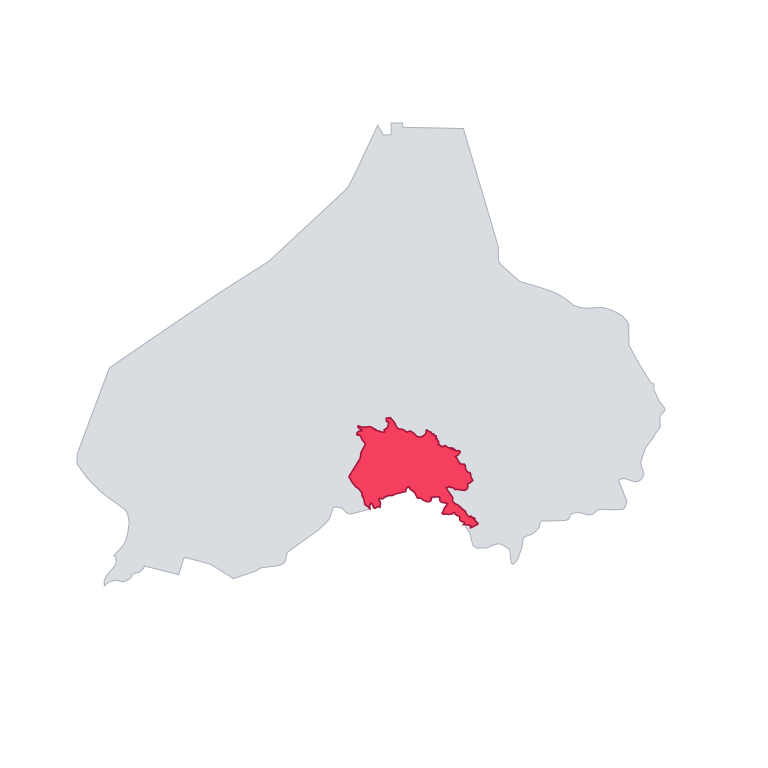 Diyala highlighted on a map of Iraq, rotated 105°
{"feature_id": "IRQ-3243", "entity_name": "Diyala", "entity_type": "Province", "adm_level": 1, "iso_a3": "IRQ", "parent_name": "Iraq", "parent_adm1": "", "projection": "natural_earth1", "projection_center": [45.079, 34.055], "detail": "fine", "context": "in_parent", "style": "filled", "palette": "rose", "viewbox_px": 768, "rotation_deg": 105, "n_neighbors": 0, "source": "natural_earth", "source_scale": "10m", "svg_char_len": 8873}
<svg xmlns="http://www.w3.org/2000/svg" viewBox="0 0 768 768"><g transform="rotate(105 384 384)"><path d="M314.1,123.4L319.3,122.0L329.0,114.0L334.8,106.5L336.6,105.8L341.6,108.3L345.2,108.9L353.6,106.1L358.6,107.6L362.8,109.5L365.1,109.6L376.3,114.3L379.1,114.9L384.9,115.4L393.5,115.7L399.1,112.6L403.0,109.7L405.8,109.8L408.5,110.5L410.7,111.7L412.6,113.9L413.5,117.1L413.1,127.2L413.9,129.8L415.5,131.7L417.4,132.1L419.8,129.9L423.9,126.7L428.9,123.2L432.7,120.1L434.8,118.9L438.3,119.0L441.6,119.6L443.4,121.1L443.4,121.6L445.2,126.4L449.6,144.0L452.1,146.3L455.0,148.1L457.0,150.8L457.8,153.4L457.6,157.5L457.7,162.3L458.9,165.9L460.5,168.7L462.1,170.1L464.4,170.2L467.1,170.9L469.0,173.7L474.9,193.8L475.5,196.4L478.0,197.3L482.1,196.9L486.3,199.0L490.8,202.2L495.1,208.4L497.9,209.4L506.8,208.5L519.0,209.5L524.8,212.6L524.2,214.6L519.8,216.8L512.0,219.3L509.8,223.7L508.5,229.3L508.7,232.4L510.7,235.9L516.2,242.8L516.5,245.3L517.5,248.8L518.5,251.2L517.4,255.8L512.4,259.0L505.9,262.4L492.7,277.8L491.8,281.2L491.9,290.3L490.6,292.9L486.4,292.8L483.1,292.4L483.0,295.6L480.9,299.8L479.7,303.5L484.6,312.2L485.5,316.9L484.7,321.1L480.2,328.4L477.6,333.3L478.2,334.3L481.7,336.3L492.6,352.3L496.2,357.9L500.8,356.4L502.5,356.5L503.8,357.4L504.7,359.3L504.7,361.7L503.5,365.3L509.4,366.8L511.5,370.4L518.4,382.9L518.2,386.6L514.9,392.5L514.9,396.4L515.6,399.9L516.7,401.1L526.8,401.6L531.1,403.0L541.7,409.4L553.7,419.2L563.5,427.2L571.9,434.0L580.8,433.5L583.3,434.8L585.6,436.9L588.2,442.5L593.4,455.2L597.8,459.4L604.6,469.6L611.0,479.1L606.9,492.0L602.9,505.5L603.0,522.9L603.1,532.2L611.7,532.6L621.3,533.0L621.4,544.2L621.6,555.4L621.8,568.2L624.6,568.7L629.1,571.5L631.1,575.6L633.5,577.9L636.4,578.2L639.3,580.3L642.1,584.0L643.2,586.8L642.5,588.7L643.1,592.1L645.1,596.9L647.5,599.2L651.3,601.9L646.2,603.5L640.7,602.3L629.0,596.7L625.2,596.5L620.2,598.7L620.0,600.6L607.6,594.3L603.1,593.0L601.5,592.9L594.4,592.9L584.3,594.1L578.4,596.6L574.3,599.4L572.4,602.0L571.7,603.4L568.6,611.3L564.9,621.4L561.0,630.4L553.6,643.2L549.4,649.1L540.5,660.0L530.8,662.2L508.4,660.1L483.5,657.7L458.7,655.3L440.2,653.5L438.8,652.9L420.6,637.3L406.2,624.9L388.3,609.5L370.0,593.8L351.5,577.8L338.1,566.2L321.8,551.3L307.0,537.7L295.3,527.0L280.3,517.6L268.6,510.3L251.5,499.6L237.9,491.0L226.3,483.7L208.3,472.5L202.4,469.4L183.7,465.6L166.1,462.5L147.8,459.2L135.6,457.0L143.8,449.0L141.4,441.8L135.5,443.1L130.1,444.8L127.0,433.6L131.2,432.3L127.6,417.7L123.9,402.7L120.3,388.2L116.7,373.4L132.3,363.9L143.9,356.8L160.2,346.8L175.9,337.2L190.8,328.1L207.2,318.1L221.9,309.1L235.3,305.4L238.1,302.6L244.4,290.3L249.7,279.8L249.9,277.4L250.1,262.5L251.2,245.1L253.1,235.7L256.1,227.5L259.0,221.5L259.3,215.9L259.0,210.2L256.3,201.5L253.4,192.5L253.9,183.9L254.5,179.2L256.4,171.8L259.6,166.4L263.0,163.1L275.6,159.6L283.1,157.5L293.2,147.9L299.1,142.2L307.5,133.2L313.6,126.6L314.1,124.3L314.1,123.4Z" fill="#d9dde1" stroke="#a8b0b8" stroke-width="1"/><path d="M499.1,270.8L498.2,270.3L496.9,270.4L496.5,271.7L496.7,273.4L496.4,275.0L494.9,276.1L493.3,276.2L492.7,276.5L492.1,277.3L492.0,278.1L492.1,279.4L491.9,280.2L490.4,282.0L490.0,283.0L490.8,284.0L491.3,284.2L491.7,284.6L492.1,285.1L492.5,286.4L493.0,287.1L493.3,287.6L493.4,288.8L493.5,290.1L493.7,291.2L494.3,292.1L494.4,292.5L494.4,293.2L494.3,294.0L494.0,294.4L493.7,294.5L492.5,294.0L488.8,293.7L487.1,293.3L485.3,292.3L483.1,291.7L482.9,293.5L483.4,296.2L483.3,298.2L482.7,299.2L482.0,300.0L479.1,300.7L478.6,301.5L480.3,307.1L481.0,308.5L482.0,309.3L483.1,308.4L484.3,308.4L485.4,309.1L486.3,310.4L486.6,311.9L486.4,313.6L485.7,316.8L485.5,317.4L484.7,318.7L484.6,319.3L484.8,320.1L485.6,321.2L485.6,322.0L485.0,322.7L482.8,324.6L482.0,325.4L480.7,326.6L480.1,328.1L479.6,329.8L478.8,331.7L478.3,332.2L477.8,332.5L476.6,333.1L477.8,334.7L479.0,335.4L480.4,335.5L482.0,335.2L482.4,335.4L487.2,344.4L488.0,345.3L488.8,346.0L489.5,346.8L489.9,347.9L490.1,349.3L490.5,350.4L491.1,351.5L491.8,352.6L492.6,353.5L495.2,355.4L495.6,356.4L495.6,358.8L496.0,359.2L496.9,359.0L497.8,358.4L499.4,356.8L500.4,356.4L503.0,356.3L504.2,356.0L504.0,358.1L504.9,359.1L506.1,359.9L506.5,361.4L505.8,362.4L503.2,364.0L502.4,365.2L503.3,366.0L504.9,366.4L506.6,366.2L507.6,365.2L507.9,365.0L508.1,365.0L508.5,365.1L507.6,366.1L506.7,367.6L506.5,368.1L505.9,370.5L505.5,371.0L504.9,371.5L503.6,372.3L503.0,372.5L502.2,372.7L501.4,373.0L498.9,374.9L498.3,375.7L497.9,376.1L497.2,376.5L496.4,376.9L496.1,376.9L495.5,376.7L495.2,376.8L494.9,377.2L494.3,378.1L492.4,380.5L491.9,381.3L491.5,382.0L491.3,382.9L490.8,384.4L490.1,385.5L488.7,387.2L487.4,389.2L487.1,389.6L485.0,391.4L484.1,392.4L483.4,393.3L482.3,393.9L462.1,387.8L456.8,388.4L454.9,388.3L448.6,386.7L446.9,386.6L445.9,387.5L444.7,389.0L443.5,390.8L441.1,392.7L440.1,393.7L439.6,394.5L440.1,395.6L440.4,396.6L440.2,396.7L439.5,397.2L439.0,397.4L438.3,397.4L437.7,397.2L436.7,396.6L436.2,396.2L435.9,395.7L435.6,395.1L435.1,393.8L434.8,393.1L434.4,393.3L434.0,394.3L433.5,396.0L432.9,397.0L432.5,398.0L432.1,398.3L430.9,397.9L431.2,397.0L431.2,394.3L431.0,392.9L430.6,391.3L429.6,388.7L428.9,387.3L429.0,383.6L429.6,382.8L430.1,382.2L430.1,381.7L429.9,381.2L429.8,380.6L430.2,379.6L430.2,380.2L430.0,380.4L430.0,380.6L430.5,380.4L430.8,379.5L430.7,375.5L430.9,374.8L431.0,374.0L431.1,373.8L430.6,372.0L430.5,371.3L430.1,370.8L428.4,372.1L426.4,370.3L425.3,369.6L424.8,369.5L420.5,369.3L420.2,369.8L419.4,372.1L416.4,373.0L414.8,369.3L417.7,364.9L418.5,363.9L419.8,362.7L420.8,362.0L422.9,360.0L423.4,358.3L423.5,356.6L422.9,355.1L423.7,351.5L424.0,351.0L424.7,349.7L424.6,349.2L423.5,348.1L423.1,347.6L422.9,347.0L422.7,346.4L422.7,345.8L422.8,345.2L423.9,342.3L425.7,339.3L426.1,338.2L426.1,336.9L425.9,335.6L425.5,334.6L424.9,333.7L422.4,331.4L421.5,331.1L420.1,330.8L418.6,331.0L417.8,331.2L417.5,331.1L417.3,331.0L417.3,330.4L417.4,330.1L418.0,329.2L418.1,328.4L418.5,327.2L418.5,326.9L418.2,326.5L418.3,326.2L419.4,325.4L419.6,325.2L419.8,324.8L419.8,324.5L419.7,324.3L419.3,323.5L419.2,323.3L419.3,323.0L419.6,322.9L420.0,322.7L420.6,322.7L420.8,322.6L420.8,320.9L420.6,320.5L420.5,320.3L420.7,320.1L421.2,320.0L421.9,320.1L422.1,320.0L422.4,319.8L422.5,319.3L422.9,318.7L423.2,318.7L423.3,318.8L423.4,319.0L423.2,319.3L423.5,319.5L423.7,319.4L423.8,319.2L423.9,318.7L424.2,318.2L425.3,316.5L425.5,316.3L426.0,316.1L426.8,316.1L427.4,315.7L427.6,315.7L428.1,316.2L428.3,315.8L428.3,314.6L428.4,314.3L429.3,313.7L429.3,313.4L429.2,312.1L429.9,311.6L429.3,310.8L428.9,310.6L428.5,310.3L428.0,309.7L427.7,309.2L427.6,308.8L427.6,308.5L428.0,307.9L428.5,306.7L428.9,305.4L428.9,304.9L428.5,303.7L429.0,303.0L429.4,302.0L429.2,301.9L428.7,302.1L428.3,302.1L428.2,302.0L428.2,301.8L428.6,301.3L428.6,301.1L428.4,301.0L428.1,301.2L428.1,300.9L428.3,300.4L428.5,300.3L429.5,300.0L429.7,299.8L429.8,299.6L429.5,299.1L429.3,298.8L428.9,298.7L429.0,298.5L429.6,297.9L429.8,297.4L429.8,297.0L429.0,294.9L429.0,294.2L429.2,293.6L429.8,292.8L430.0,292.6L430.5,292.9L431.6,293.4L432.4,293.6L432.9,293.8L433.5,294.2L435.5,296.0L435.8,296.2L436.2,295.4L436.5,294.7L437.1,294.0L438.1,293.2L439.0,292.6L439.7,291.8L440.4,290.8L441.3,289.0L441.4,288.0L441.2,287.2L440.7,286.4L440.6,286.0L440.6,285.6L440.8,285.2L441.4,284.7L442.5,284.0L444.0,283.6L444.7,283.3L445.5,282.6L446.5,281.6L447.2,280.3L447.5,279.6L447.4,278.6L447.4,278.1L447.7,277.6L448.4,277.1L449.8,276.6L451.6,275.6L454.1,273.2L457.0,275.1L458.1,276.3L458.7,277.0L459.0,277.3L459.4,277.4L459.7,277.3L461.0,276.5L461.4,276.4L462.1,276.3L463.2,276.4L463.9,276.7L464.4,276.9L465.2,277.6L465.6,278.1L466.0,278.8L466.2,279.4L466.4,281.8L466.6,283.3L466.6,284.1L466.6,284.8L467.0,286.4L467.6,288.1L467.6,288.3L467.5,288.6L466.5,289.8L466.3,290.1L466.3,290.4L466.3,291.2L466.7,292.2L466.7,292.9L466.5,293.8L466.1,294.5L466.1,294.8L466.2,295.1L466.4,295.2L466.8,295.3L467.4,295.4L467.5,295.6L467.6,295.9L467.8,297.0L469.5,295.9L475.5,288.6L476.2,288.0L476.6,288.0L477.7,287.9L478.7,287.6L479.7,287.0L480.1,286.6L480.3,286.3L480.6,285.3L481.2,284.2L481.5,283.4L481.5,283.2L481.4,282.8L481.4,282.4L481.5,281.9L481.6,281.5L481.8,281.0L482.4,280.0L483.1,278.1L483.3,277.7L483.6,277.5L483.9,277.3L484.0,277.1L484.6,275.6L484.8,274.8L485.2,273.8L485.7,273.2L485.9,272.8L486.1,272.1L486.7,272.0L488.1,270.7L488.6,270.1L489.8,268.1L490.1,267.5L490.2,267.0L490.2,266.5L490.0,266.3L489.1,266.2L489.0,265.8L489.5,265.3L489.7,264.4L489.9,264.1L490.4,263.8L490.6,263.3L490.7,263.1L490.3,263.1L490.1,263.0L490.0,262.9L490.0,262.4L490.1,262.0L490.4,261.4L490.6,261.2L490.8,261.1L491.0,261.2L491.0,261.7L491.5,261.4L492.0,261.2L492.3,260.4L492.6,260.0L493.2,259.3L493.7,258.5L493.8,257.7L494.3,257.2L494.6,257.0L494.9,257.0L495.7,257.6L496.0,257.8L496.3,258.3L500.0,262.3L500.6,263.3L500.0,263.5L499.7,263.5L499.0,263.4L498.4,263.4L498.3,263.5L498.3,264.0L498.8,270.1L499.1,270.8Z" fill="#f43f5e" stroke="#9f1239" stroke-width="1.5"/></g></svg>